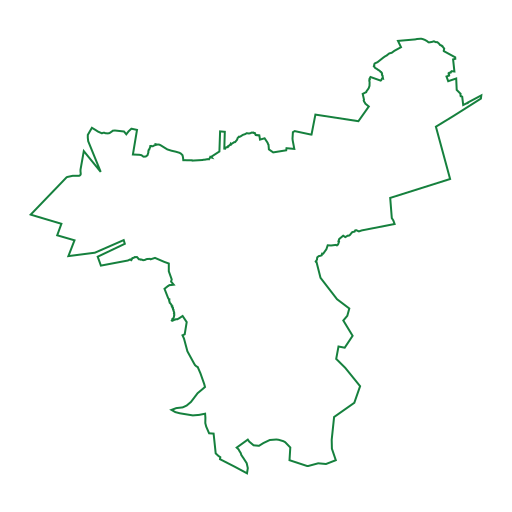 Armadillo de los Infante, San Luis Potosí, Mexico
{"feature_id": "50627088B46691471724759", "entity_name": "Armadillo de los Infante", "entity_type": "district", "adm_level": 2, "iso_a3": "MEX", "parent_name": "Mexico", "parent_adm1": "San Luis Potosí", "projection": "albers", "projection_center": [-100.644, 22.261], "detail": "fine", "context": "isolated", "style": "outline", "palette": "green", "viewbox_px": 512, "rotation_deg": 0, "n_neighbors": 0, "source": "geoboundaries", "source_scale": "gbopen_adm2", "svg_char_len": 5951}
<svg xmlns="http://www.w3.org/2000/svg" viewBox="0 0 512 512"><path d="M335.8,460.2L331.9,448.7L331.7,439.7L334.1,417.0L354.3,402.8L360.1,386.2L345.2,367.8L336.2,358.9L338.5,346.5L344.7,347.7L352.6,335.8L343.3,320.5L347.3,315.8L349.3,308.5L337.0,299.2L320.5,277.8L316.4,261.6L315.1,262.0L315.8,261.4L317.0,259.6L317.1,258.1L317.3,257.3L318.8,256.1L320.3,255.8L321.7,255.3L322.1,253.6L323.2,253.7L326.4,249.2L327.7,245.3L331.1,245.5L335.9,244.9L336.1,245.1L336.9,245.4L337.4,244.9L337.7,244.8L338.1,244.3L339.0,241.7L338.5,241.4L338.8,240.5L338.7,240.5L339.2,239.0L343.2,235.7L345.3,237.1L347.8,235.6L348.8,235.7L350.1,234.8L350.8,233.8L352.3,232.1L354.6,231.6L355.2,230.4L356.2,230.2L358.9,231.4L361.8,230.4L394.6,224.0L393.3,220.4L391.8,218.1L390.2,197.9L450.1,179.0L435.9,126.7L453.6,115.9L480.9,98.6L481.3,95.4L467.7,102.6L467.8,103.0L467.7,103.1L466.6,103.4L466.4,103.4L463.2,105.0L462.2,96.7L461.3,96.2L460.7,96.2L460.4,94.8L460.6,93.8L456.7,89.9L456.2,78.5L448.2,81.2L446.5,76.5L449.0,75.6L448.9,74.5L449.0,74.5L448.8,73.9L448.6,73.8L448.6,73.2L449.3,72.7L449.9,72.8L450.8,72.5L450.8,72.0L451.6,71.2L454.4,71.5L453.1,59.4L455.3,58.8L455.2,57.3L443.8,51.1L443.7,50.9L444.2,48.6L442.8,46.8L441.9,46.1L442.1,45.9L441.6,45.5L439.9,44.9L439.2,43.8L437.4,42.2L435.6,42.1L433.9,41.3L432.0,41.9L429.8,42.3L428.5,42.3L427.0,41.1L424.9,39.9L422.8,39.1L421.1,38.7L417.0,39.0L415.3,39.4L398.0,40.9L401.0,47.2L394.4,50.8L391.7,52.8L389.3,53.4L387.1,55.1L387.0,55.3L385.0,56.4L383.3,57.6L377.5,62.2L375.0,63.3L374.6,63.6L374.4,64.0L374.2,64.9L374.3,65.4L374.2,65.9L373.9,66.0L373.8,66.3L374.3,66.8L375.2,68.0L376.7,68.8L378.1,69.9L378.3,69.9L379.9,71.0L380.5,71.8L381.1,72.0L381.3,72.5L381.6,72.6L381.9,73.1L382.0,73.3L382.1,74.1L381.9,74.7L382.2,75.3L382.6,75.7L382.6,76.1L383.0,78.4L382.6,78.2L382.3,78.2L382.1,78.4L381.2,80.2L381.0,80.4L380.6,80.6L370.5,77.0L369.5,78.8L369.4,79.1L369.8,79.5L369.3,80.5L369.3,81.0L369.6,82.0L369.5,85.9L368.6,88.4L366.5,91.3L366.2,92.2L365.8,92.3L362.7,93.9L364.0,99.7L363.7,100.5L364.1,101.6L364.8,102.5L365.3,103.6L368.8,106.5L358.4,121.2L315.4,114.6L311.5,134.6L311.1,134.6L294.7,131.1L292.9,132.2L292.5,138.6L292.7,140.5L294.3,148.9L286.5,148.2L286.2,150.3L273.2,152.4L268.9,149.4L268.5,144.7L268.1,144.2L267.5,142.6L264.6,138.3L260.0,139.6L259.3,135.3L258.5,135.2L258.1,135.4L257.6,135.3L257.5,135.1L256.6,135.2L256.3,134.9L255.7,135.0L255.4,134.6L254.8,133.0L254.1,133.0L253.5,132.6L253.2,132.8L253.0,132.6L251.5,132.6L250.7,133.1L249.0,133.5L246.7,133.2L245.2,134.1L242.8,134.9L240.7,136.3L239.4,136.9L238.9,136.7L237.6,138.1L237.1,139.7L235.1,142.1L234.1,142.2L233.5,142.7L231.8,143.6L231.6,144.0L231.1,144.5L230.7,144.0L230.5,144.9L229.8,144.9L229.1,145.7L228.5,145.9L228.3,146.5L227.9,146.5L227.8,146.9L227.6,147.2L227.1,147.1L225.8,147.5L225.2,148.7L224.3,148.6L224.8,131.8L220.1,131.4L219.4,151.5L211.2,156.8L211.8,157.6L211.1,157.4L210.3,156.9L209.8,158.0L209.0,159.3L207.8,159.1L207.0,159.4L206.3,159.3L205.5,159.6L203.1,159.8L202.7,160.0L192.3,160.6L192.1,160.3L183.3,160.2L183.0,157.4L182.5,155.2L180.9,153.6L179.5,152.8L175.8,151.7L171.4,150.7L167.3,149.4L160.7,145.3L159.5,144.7L158.3,144.5L157.4,144.6L155.6,144.2L155.7,145.0L154.8,145.2L153.5,145.8L152.9,146.2L152.0,146.3L151.2,145.9L150.3,146.0L150.1,147.4L149.3,149.0L149.3,149.4L149.0,149.5L148.7,149.9L148.6,150.7L148.3,151.1L148.4,152.3L147.5,155.2L146.5,156.0L145.8,156.5L143.7,156.7L143.2,156.5L141.5,155.2L139.5,154.8L132.9,154.5L137.0,129.9L131.4,128.7L128.6,131.3L126.3,134.3L124.0,131.5L114.9,130.5L112.8,130.7L112.1,131.3L109.5,133.1L107.8,133.4L105.3,133.2L104.1,132.7L103.2,132.8L101.9,133.3L98.0,131.6L95.4,129.9L91.9,127.8L87.8,134.9L87.8,137.8L88.2,141.2L100.7,171.9L83.8,151.1L80.5,169.7L80.5,171.4L80.7,173.4L80.7,174.2L80.4,174.9L79.9,175.4L79.1,175.8L72.7,175.8L67.2,177.0L66.5,177.4L30.7,214.6L31.2,214.8L61.4,223.8L57.2,235.3L74.5,240.3L68.4,256.1L94.9,252.7L123.7,240.1L124.8,243.8L97.7,256.7L100.9,265.6L127.9,260.5L130.2,259.4L131.2,260.2L131.5,259.9L131.7,259.2L132.1,258.8L132.2,258.3L132.4,258.2L132.7,258.0L133.5,257.9L133.7,257.7L134.5,257.4L134.7,257.1L135.0,257.0L135.9,257.2L136.9,257.0L137.9,258.0L138.2,258.5L139.0,259.3L139.5,259.3L140.5,259.4L140.9,259.7L141.2,259.5L142.6,259.9L142.8,260.1L143.3,260.2L145.0,259.9L145.6,259.5L146.3,259.3L147.0,259.0L149.2,258.9L150.0,258.9L150.6,259.3L155.0,257.9L164.3,261.9L168.8,263.5L168.8,271.3L171.7,279.4L171.1,281.6L173.7,284.7L170.7,285.1L169.8,285.0L168.9,285.4L168.5,285.9L168.0,286.0L164.5,288.8L167.9,297.5L168.3,298.4L168.9,299.1L169.1,299.2L168.9,299.4L169.3,300.2L169.1,300.5L169.3,301.3L169.6,301.8L169.7,302.2L169.6,302.5L169.7,302.8L170.7,303.7L171.2,304.7L171.8,305.3L171.7,305.9L171.9,306.1L171.9,306.7L172.4,307.3L172.5,307.2L172.6,307.9L173.0,308.0L173.0,309.2L173.2,309.3L173.3,309.6L173.6,310.0L173.4,310.4L173.5,310.8L174.2,312.4L174.0,313.1L174.2,313.6L174.0,313.8L174.3,314.6L174.3,315.2L174.1,315.4L174.0,316.5L173.9,316.8L173.8,317.3L173.2,318.4L172.4,319.0L172.6,319.6L172.2,319.8L171.8,320.5L172.2,320.8L172.8,320.6L173.0,319.9L173.4,319.6L174.0,319.6L174.2,319.9L174.8,319.6L175.2,319.6L176.0,319.2L177.2,319.3L179.1,318.3L182.6,316.0L186.7,322.1L184.7,334.3L182.5,335.3L184.0,338.6L187.4,351.3L194.0,363.4L195.0,365.1L196.6,366.5L197.7,367.0L200.5,373.5L204.2,384.0L205.0,387.0L197.6,393.2L191.0,401.9L186.6,405.6L185.4,406.1L184.9,406.4L182.6,407.4L176.3,408.1L171.5,409.9L175.3,412.1L179.9,413.3L192.8,415.4L199.1,414.9L205.1,413.7L205.4,417.8L205.3,423.1L206.2,426.6L209.1,433.3L213.6,433.6L215.7,453.4L218.4,455.9L220.3,457.2L220.0,459.2L234.7,466.7L247.0,473.3L247.8,468.1L246.7,463.2L243.1,457.6L242.8,457.3L242.3,456.4L241.4,455.2L240.7,453.0L239.3,450.8L238.6,449.4L236.7,447.6L247.8,439.6L249.2,441.6L253.6,445.3L259.0,445.8L263.5,443.0L269.8,440.0L276.4,439.5L278.7,439.8L283.4,441.2L285.2,442.2L290.3,447.5L289.5,460.2L307.1,466.0L308.2,466.0L318.2,463.3L326.0,464.0L335.8,460.2Z" fill="none" stroke="#15803d" stroke-width="2"/></svg>